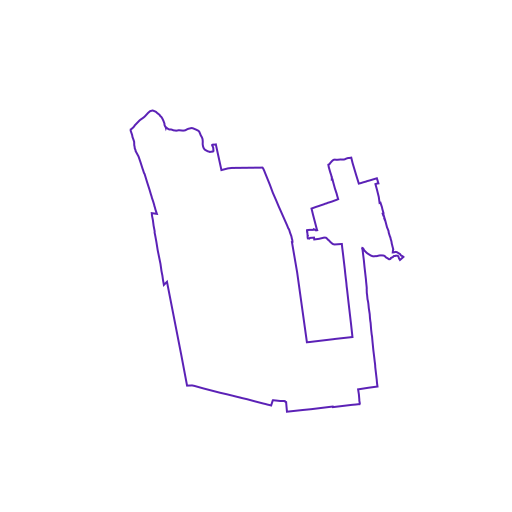 outline of Varasti, Giurgiu, Romania, rotated 135°
{"feature_id": "2599482B7162388776253", "entity_name": "Varasti", "entity_type": "district", "adm_level": 2, "iso_a3": "ROU", "parent_name": "Romania", "parent_adm1": "Giurgiu", "projection": "orthographic", "projection_center": [26.231, 44.242], "detail": "fine", "context": "isolated", "style": "outline", "palette": "violet", "viewbox_px": 512, "rotation_deg": 135, "n_neighbors": 0, "source": "geoboundaries", "source_scale": "gbopen_adm2", "svg_char_len": 6049}
<svg xmlns="http://www.w3.org/2000/svg" viewBox="0 0 512 512"><g transform="rotate(135 256 256)"><path d="M255.2,434.0L255.6,433.7L255.9,433.4L256.3,432.7L258.0,429.2L259.3,427.3L259.6,426.6L260.0,425.7L261.3,423.1L261.7,422.6L263.7,420.5L264.6,419.1L265.7,417.7L265.9,417.1L266.4,415.9L266.9,415.4L268.7,409.4L271.4,403.9L274.5,397.9L275.0,396.8L276.4,394.1L276.6,393.5L276.8,392.7L280.7,385.4L284.5,378.0L286.8,373.8L287.7,372.0L288.5,370.7L289.3,369.0L290.2,367.2L291.7,364.4L292.6,363.0L293.0,362.1L294.3,359.9L296.3,355.9L299.4,360.0L300.5,358.7L301.2,357.8L303.6,354.2L307.0,349.8L310.2,345.1L311.1,344.3L311.3,344.0L312.9,341.6L316.7,336.1L321.5,329.5L329.1,318.0L333.4,312.3L335.3,309.5L336.0,308.4L338.5,305.1L341.1,301.4L341.6,300.7L337.2,300.7L379.4,238.0L396.4,213.1L393.2,210.1L392.8,209.8L392.4,209.2L391.4,207.7L386.8,199.5L378.1,184.7L374.3,178.7L366.2,165.2L363.6,161.1L359.5,153.9L355.2,146.6L354.0,144.7L353.0,142.9L351.5,140.5L351.0,139.6L346.1,142.1L345.9,142.0L345.3,141.2L343.6,139.1L341.3,136.2L339.6,134.5L338.5,133.4L338.2,133.0L338.2,132.7L338.4,132.2L338.0,131.4L340.8,128.1L344.2,124.0L331.9,114.1L325.1,108.5L311.0,97.5L308.2,95.3L308.5,94.8L307.9,94.3L293.4,82.9L290.8,80.7L288.4,78.8L287.6,78.0L286.8,78.4L285.2,80.7L284.4,81.5L281.1,85.4L278.1,89.5L269.2,83.0L262.4,77.8L260.1,80.8L258.0,83.3L250.1,93.3L249.4,94.0L247.6,96.2L247.1,96.9L243.7,101.2L239.4,106.7L233.9,113.4L230.8,117.1L229.7,118.7L226.5,122.7L222.3,127.6L221.0,129.4L219.4,131.4L216.7,134.5L215.6,136.0L215.3,136.4L213.1,139.4L210.3,142.8L209.1,144.4L207.7,146.6L204.9,150.0L203.8,151.5L201.9,153.5L201.3,154.2L200.7,154.7L199.8,155.7L197.1,159.0L196.3,160.0L195.0,161.5L186.8,171.8L183.1,176.3L176.3,185.0L176.1,185.3L175.8,185.9L175.7,186.2L175.1,186.5L175.0,186.3L174.9,185.9L175.0,185.0L175.3,184.2L175.5,183.1L175.5,182.1L175.5,181.1L175.5,180.3L175.4,179.2L174.6,175.6L174.3,174.7L173.8,173.6L173.1,172.6L171.6,171.4L170.7,170.5L168.8,169.4L168.1,168.9L167.2,168.1L166.3,167.1L165.4,166.0L165.1,165.1L165.0,164.4L165.1,163.4L165.0,162.8L164.5,161.1L164.4,160.2L164.2,159.6L163.7,159.2L163.0,158.9L161.9,159.2L160.1,158.5L158.6,158.5L157.4,157.5L156.8,157.3L155.6,155.9L155.7,154.9L156.0,154.3L156.6,153.1L157.0,151.4L152.4,151.1L152.4,151.4L152.6,152.4L153.1,153.9L152.8,155.5L153.7,159.2L154.6,160.4L156.0,161.1L156.8,161.8L154.4,163.7L154.2,163.7L153.0,165.8L150.9,169.3L150.5,169.7L149.6,171.1L148.8,172.7L148.3,173.4L147.7,174.4L147.7,174.7L146.1,177.8L145.6,178.7L144.6,180.0L143.6,182.3L143.1,183.6L139.7,189.4L139.2,190.3L139.4,190.4L138.9,191.5L138.7,191.3L136.9,194.5L137.3,194.7L136.4,196.5L135.5,196.2L133.5,199.8L132.4,201.5L130.3,205.7L131.1,206.1L127.4,211.0L123.6,217.3L120.7,222.4L119.4,221.8L118.1,220.8L117.0,222.8L115.6,225.5L122.3,229.1L124.7,230.5L125.5,230.8L128.1,232.3L130.3,233.4L131.6,234.2L132.1,234.5L128.0,242.3L122.0,253.4L119.1,258.2L120.8,259.4L121.4,260.0L122.0,260.4L123.4,261.1L124.4,261.4L125.4,261.9L126.3,262.7L128.0,264.5L130.8,266.8L132.2,268.5L132.6,268.8L133.3,269.2L134.1,269.3L135.4,269.4L136.8,269.3L138.2,269.2L138.9,269.0L139.4,269.1L139.9,269.2L140.1,269.4L140.3,269.4L141.8,267.2L143.3,264.5L144.4,262.5L145.5,260.3L146.8,258.1L147.1,257.7L147.8,257.0L147.7,257.0L148.1,256.6L147.7,256.1L148.4,255.0L149.8,252.6L151.0,250.5L152.6,247.7L153.3,246.2L154.2,244.5L154.7,243.4L156.0,241.2L157.3,238.8L157.7,238.1L159.9,239.0L160.7,239.4L163.8,240.8L166.1,242.0L167.7,242.9L168.9,243.3L170.2,244.1L171.3,244.5L172.7,245.2L175.5,246.6L175.8,246.7L178.7,248.2L183.2,250.3L184.7,247.8L186.3,245.2L193.8,232.4L194.5,231.0L195.1,231.4L195.6,231.9L195.7,232.1L195.7,232.8L195.9,233.4L196.2,233.8L196.3,233.8L196.3,234.1L196.8,234.1L197.0,234.1L197.7,234.6L198.6,235.6L198.9,235.9L199.9,236.8L201.0,237.7L201.6,238.2L201.9,238.0L202.8,236.9L202.7,236.8L205.3,233.7L205.2,233.6L205.7,233.3L206.1,233.0L206.5,232.3L206.9,231.8L206.4,231.2L206.0,230.6L205.0,230.6L203.2,229.0L202.0,228.0L203.1,226.5L199.2,223.5L198.2,222.9L194.9,220.9L194.3,220.3L193.8,219.7L193.6,219.4L193.5,218.9L193.5,217.3L193.6,216.6L193.4,215.8L193.5,213.2L193.3,210.7L193.1,209.9L192.5,208.9L192.3,208.6L186.8,203.8L189.0,201.1L193.6,195.2L195.5,192.8L202.6,183.8L205.3,180.5L208.0,177.1L209.4,175.3L211.3,172.9L213.4,170.4L215.4,167.8L222.9,158.4L237.3,140.2L245.1,130.5L258.8,141.5L259.9,142.3L270.7,150.8L274.0,153.4L275.0,154.2L278.6,157.0L281.0,159.0L238.5,215.3L220.7,240.5L220.2,240.2L219.0,241.7L218.5,242.7L217.0,245.0L215.5,248.3L214.1,250.9L213.7,251.9L213.7,252.5L212.3,255.8L207.9,267.2L206.0,272.1L205.1,274.5L202.4,281.1L199.4,288.8L195.8,296.6L190.9,308.2L189.9,310.5L189.1,312.7L188.9,313.9L208.3,332.9L211.0,335.5L213.9,337.8L219.7,341.2L205.5,363.3L206.3,363.8L207.6,365.1L208.0,365.4L208.3,365.5L208.6,365.5L208.8,365.2L209.2,363.9L209.7,362.8L210.2,362.2L211.0,361.3L211.7,360.4L212.0,360.3L212.6,360.3L212.8,360.4L213.2,360.9L213.7,361.2L214.4,361.7L215.2,362.4L215.3,362.7L215.4,363.0L216.0,364.0L216.5,365.5L216.9,367.0L217.0,367.4L216.9,368.3L216.6,369.6L216.3,370.2L215.9,371.0L215.0,372.3L214.6,372.8L214.0,373.4L213.0,374.3L212.1,375.3L211.5,376.0L210.9,376.9L210.3,378.3L210.0,379.4L209.7,380.5L208.9,382.3L208.7,382.9L208.2,384.1L208.2,384.7L208.2,385.3L208.5,386.2L209.0,387.7L210.1,390.4L210.3,390.9L210.9,391.8L211.3,392.2L213.9,393.8L215.1,394.3L216.2,394.6L217.3,395.0L218.7,396.0L219.4,396.8L221.6,399.5L222.8,400.3L223.9,401.1L224.4,401.9L225.4,403.1L226.1,404.6L226.3,405.1L227.0,406.0L227.8,406.7L228.0,407.2L228.2,407.8L228.4,408.6L228.6,409.9L228.6,410.3L228.9,410.4L229.1,410.3L228.7,411.0L228.7,411.7L228.2,412.9L228.0,413.4L227.1,414.4L226.0,416.8L225.7,417.5L225.0,419.5L224.7,420.8L224.6,421.3L224.6,421.6L224.7,422.2L224.7,422.8L224.4,424.0L224.8,427.4L224.8,428.6L224.9,428.9L225.3,430.0L225.7,430.9L226.2,432.0L227.6,432.8L228.2,433.2L228.5,433.3L228.8,433.3L229.7,433.4L231.0,433.5L235.9,433.3L237.4,433.4L239.3,433.7L240.2,433.9L242.3,434.2L248.7,434.1L249.4,434.1L250.0,433.9L251.7,433.7L254.8,433.9L255.1,433.9L255.2,434.0Z" fill="none" stroke="#5b21b6" stroke-width="2"/></g></svg>